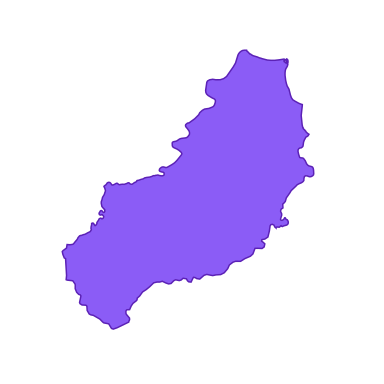 Río Branco, Cerro Largo, Uruguay, rotated 281°
{"feature_id": "84410073B34971931236421", "entity_name": "Río Branco", "entity_type": "district", "adm_level": 2, "iso_a3": "URY", "parent_name": "Uruguay", "parent_adm1": "Cerro Largo", "projection": "albers", "projection_center": [-53.429, -32.613], "detail": "fine", "context": "isolated", "style": "filled", "palette": "violet", "viewbox_px": 384, "rotation_deg": 281, "n_neighbors": 0, "source": "geoboundaries", "source_scale": "gbopen_adm2", "svg_char_len": 6058}
<svg xmlns="http://www.w3.org/2000/svg" viewBox="0 0 384 384"><g transform="rotate(281 192 192)"><path d="M172.7,281.3L173.1,281.2L173.6,281.6L173.9,282.4L174.1,284.3L174.3,284.7L175.5,285.4L175.9,285.9L175.4,286.6L175.4,287.5L176.1,288.2L177.4,290.9L178.1,291.8L179.0,292.3L180.0,292.4L180.9,292.2L181.7,291.9L182.9,290.8L183.0,289.8L183.6,289.1L184.0,288.9L184.3,288.6L184.5,288.2L184.3,287.8L182.7,287.3L181.5,286.1L181.3,285.7L181.3,285.2L181.4,284.6L181.8,284.2L182.7,284.1L186.4,284.5L187.9,284.1L189.2,283.1L190.1,282.6L191.2,282.6L192.4,282.9L193.4,284.1L193.7,284.3L197.4,283.4L199.2,284.7L200.6,285.4L204.2,285.7L209.8,288.2L212.3,289.1L217.6,292.9L219.1,293.8L220.4,295.3L221.9,297.6L223.0,298.7L223.9,299.3L224.8,299.6L226.4,299.3L228.5,299.4L229.5,300.2L229.8,301.9L229.5,303.3L229.4,304.8L229.9,306.1L230.9,307.3L232.0,308.0L233.2,308.0L236.8,307.1L238.5,306.4L239.5,305.5L239.8,304.1L239.9,301.9L240.5,300.4L241.6,299.1L244.3,297.2L246.3,295.0L246.5,294.0L246.3,291.9L246.5,291.1L249.3,289.5L252.1,288.3L253.7,288.1L255.0,288.6L255.7,289.4L256.2,290.8L257.3,291.8L258.2,292.2L262.2,292.0L264.3,292.3L265.8,292.8L267.2,293.2L268.0,293.7L268.4,294.4L269.3,295.2L271.0,295.8L271.6,294.3L272.9,292.3L273.4,292.1L273.9,291.1L274.2,291.1L275.1,289.5L276.1,289.0L276.1,288.6L279.0,287.3L287.9,284.6L297.6,283.8L298.9,283.6L299.1,281.8L299.5,279.8L300.9,275.5L301.8,273.3L303.5,271.6L306.0,270.1L311.4,267.6L314.2,265.2L316.6,263.9L319.6,262.6L324.2,261.1L326.7,260.6L329.1,260.4L330.9,260.6L332.5,261.2L333.8,261.6L335.6,261.7L335.7,261.4L338.0,261.5L338.8,261.2L339.7,261.0L340.4,260.3L340.7,259.6L339.5,259.0L339.2,259.0L338.8,259.6L338.1,259.7L338.2,259.8L338.1,260.0L337.7,260.0L337.0,260.4L336.8,260.4L336.5,260.1L336.6,259.5L336.7,259.2L337.0,259.1L337.1,258.7L337.5,258.1L337.5,257.7L338.3,257.2L338.7,257.4L338.9,257.8L339.2,257.9L339.8,258.0L340.0,257.6L340.0,256.8L338.4,252.5L337.0,248.0L336.3,244.3L335.9,240.8L336.3,234.9L336.5,234.1L336.5,232.7L337.0,230.5L337.5,225.6L337.8,225.2L337.8,224.8L337.9,224.3L338.6,223.2L338.6,222.8L338.5,222.5L340.3,220.0L340.6,219.2L341.6,218.6L341.2,216.4L340.6,214.7L339.8,213.6L338.5,212.4L336.9,211.5L335.3,211.0L326.9,210.1L322.6,208.6L312.0,203.9L309.3,201.4L307.6,198.3L306.7,194.0L306.6,190.8L305.5,187.9L304.0,186.1L302.6,185.6L294.3,186.0L292.4,186.6L291.0,187.6L289.8,189.4L288.2,193.8L287.5,196.4L286.9,197.1L286.2,197.5L285.3,197.7L283.8,197.7L281.3,197.3L280.0,196.6L279.3,195.8L277.3,192.7L275.8,188.5L274.2,186.6L271.4,184.5L269.0,183.8L264.3,180.6L259.3,175.9L258.8,174.5L258.3,174.0L257.0,173.0L256.4,172.9L255.8,173.0L255.1,173.3L254.4,174.0L253.4,175.3L251.5,177.3L250.4,178.0L249.5,178.3L248.4,178.5L247.5,178.3L245.6,177.4L244.5,176.5L243.9,175.4L242.6,171.4L241.9,170.0L240.9,168.9L239.6,167.7L238.9,166.8L237.7,164.0L237.1,163.4L236.3,163.2L233.8,163.8L233.2,164.1L232.4,164.9L232.0,166.0L231.3,169.0L230.4,171.3L228.9,173.8L228.1,174.5L227.7,174.7L227.1,174.7L226.2,174.4L220.0,171.1L217.3,169.3L215.0,167.0L211.4,162.8L211.1,162.0L211.0,161.3L211.2,159.4L211.0,158.3L210.5,157.4L209.3,156.3L208.4,155.8L207.1,155.7L206.6,156.0L206.2,156.5L205.9,158.1L205.9,159.8L205.8,160.3L205.5,160.8L205.0,161.0L204.0,161.3L203.4,161.3L203.0,161.0L202.4,160.3L202.1,159.2L202.0,158.4L202.0,157.4L202.0,156.1L202.2,155.4L201.9,154.5L201.7,154.1L201.5,153.3L201.0,152.5L200.6,150.8L199.8,149.9L198.6,147.7L197.6,144.6L196.8,142.8L195.7,141.7L195.1,140.6L194.8,139.8L193.5,137.7L192.8,135.9L192.5,135.7L191.9,135.6L190.7,134.6L190.3,133.6L189.4,133.0L188.2,131.7L188.0,130.9L188.1,130.0L188.3,129.4L189.0,128.4L189.0,128.1L188.5,126.9L188.0,126.5L186.6,124.0L186.4,122.4L185.8,120.4L185.5,120.0L185.3,119.2L185.5,118.4L186.0,117.6L186.3,116.8L186.1,116.1L184.3,113.9L183.7,112.8L183.7,112.0L184.5,111.1L185.1,110.5L185.6,109.7L185.7,109.2L185.5,108.0L184.8,107.1L182.9,106.3L181.0,104.6L180.6,104.5L179.2,105.6L177.1,106.7L176.0,106.8L174.3,106.5L172.9,106.4L169.7,105.2L167.2,105.1L165.1,104.8L163.5,105.1L160.6,106.3L159.3,107.8L158.9,108.5L158.4,108.9L158.4,109.3L158.0,109.7L157.2,109.8L157.0,110.0L156.5,110.1L155.4,109.8L155.1,109.3L155.1,108.9L155.7,107.9L156.3,107.3L156.5,106.8L156.4,106.2L156.0,105.7L153.5,104.8L152.8,105.0L152.2,105.4L151.9,106.0L151.9,106.5L152.0,107.0L152.4,107.5L152.6,108.2L151.8,109.4L151.3,109.9L150.7,110.1L149.4,109.8L148.9,109.4L148.5,108.7L148.9,107.8L148.9,107.2L148.1,106.1L147.6,105.9L146.5,105.6L144.0,104.5L143.5,104.5L143.0,104.7L142.5,104.6L141.0,103.9L140.6,103.5L140.5,103.2L140.8,102.9L141.6,102.0L142.2,101.6L142.6,100.9L142.5,100.1L142.0,99.5L141.0,99.7L138.5,99.6L136.9,99.8L135.7,100.4L134.1,99.8L133.4,99.3L132.3,97.7L130.1,95.1L129.4,93.5L128.3,91.8L128.1,91.0L127.5,90.0L125.4,88.8L123.7,88.4L120.5,86.6L118.5,85.6L117.9,84.9L117.3,83.4L116.9,82.0L116.6,79.4L113.0,79.5L110.0,76.7L108.8,76.0L106.2,77.1L102.9,79.2L102.5,80.6L86.1,84.8L81.9,85.2L81.7,86.2L82.1,91.9L79.5,94.6L78.6,95.1L74.8,95.8L71.6,97.9L69.9,100.3L69.7,101.9L68.8,102.8L62.1,102.7L61.0,103.4L60.1,105.6L60.6,109.1L60.4,110.1L59.6,110.7L55.7,111.7L52.6,114.4L52.1,116.2L52.1,118.7L49.7,125.7L47.3,129.2L46.7,130.4L46.7,135.4L42.7,139.0L42.4,140.9L44.4,144.3L52.2,154.7L53.0,154.7L54.7,155.1L56.3,154.7L59.4,150.9L60.1,150.4L61.2,150.1L62.1,149.9L63.2,150.0L64.0,150.6L64.6,153.2L68.6,154.1L71.4,155.3L74.6,158.1L75.6,158.6L77.4,158.5L80.0,160.5L84.4,162.5L87.5,165.7L90.9,168.5L95.5,171.7L96.9,174.7L97.5,177.6L98.7,179.9L97.7,183.7L97.3,186.6L98.2,188.9L101.5,191.1L102.7,192.7L102.6,196.4L103.5,198.1L105.6,199.7L105.7,203.1L104.0,204.5L103.2,205.9L103.3,207.4L103.4,208.3L107.0,209.2L108.5,209.7L108.6,211.4L107.9,213.1L108.0,216.2L112.5,219.7L113.9,222.2L113.9,228.3L115.2,231.3L116.4,235.9L118.9,239.1L123.6,241.7L127.5,242.6L130.9,245.6L132.3,248.0L133.2,252.9L136.7,256.6L140.1,261.6L142.8,263.6L148.7,264.6L149.3,267.3L149.9,271.5L151.8,273.3L155.0,273.4L156.3,271.3L157.0,269.8L158.6,269.7L159.7,272.5L162.3,275.1L168.5,275.4L173.6,275.1L175.0,275.6L175.6,277.1L175.1,278.8L173.5,279.9L172.7,281.3Z" fill="#8b5cf6" stroke="#5b21b6" stroke-width="1.5"/></g></svg>